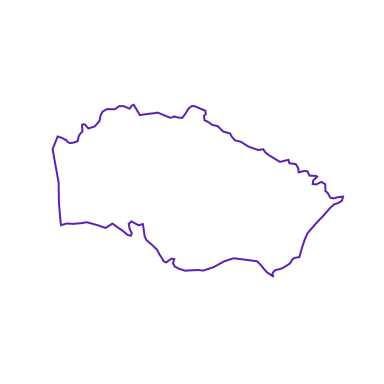 the district of Central Rivercess, River Cess, Liberia, rotated 242°
{"feature_id": "62588387B65596489935901", "entity_name": "Central Rivercess", "entity_type": "district", "adm_level": 2, "iso_a3": "LBR", "parent_name": "Liberia", "parent_adm1": "River Cess", "projection": "orthographic", "projection_center": [-9.304, 5.8], "detail": "fine", "context": "isolated", "style": "outline", "palette": "violet", "viewbox_px": 384, "rotation_deg": 242, "n_neighbors": 0, "source": "geoboundaries", "source_scale": "gbopen_adm2", "svg_char_len": 2557}
<svg xmlns="http://www.w3.org/2000/svg" viewBox="0 0 384 384"><g transform="rotate(242 192 192)"><path d="M267.3,209.4L267.8,207.6L278.1,199.1L278.9,197.0L278.9,196.8L280.1,193.6L280.5,192.6L283.1,185.7L284.4,182.1L294.4,181.6L295.6,181.5L296.4,181.5L296.5,179.3L296.3,178.8L294.9,176.0L299.6,172.2L301.9,168.4L301.4,162.4L305.0,156.1L305.1,155.3L305.1,153.1L305.0,152.2L304.7,150.2L302.1,146.8L298.1,143.7L295.6,136.9L296.3,132.9L296.7,130.3L297.3,130.2L298.8,129.8L301.5,129.3L302.6,128.5L303.0,126.5L302.3,126.1L298.9,124.6L297.0,123.8L295.4,119.5L294.4,118.2L291.2,115.4L290.5,114.8L291.1,110.9L292.5,107.1L294.7,105.6L297.3,105.3L297.6,104.5L300.6,102.8L304.1,99.4L299.8,94.4L295.3,89.0L294.9,88.9L264.7,79.2L263.3,78.8L263.0,78.7L244.3,69.1L243.5,68.8L243.2,68.7L240.0,67.3L237.6,66.3L237.0,66.0L227.2,61.9L224.1,60.8L223.8,62.6L223.0,66.6L219.7,72.0L216.8,78.8L216.5,79.5L214.7,84.9L206.7,93.4L200.9,98.7L200.9,99.5L201.2,104.2L201.6,106.9L197.0,109.1L191.0,112.2L189.4,113.0L186.8,114.0L184.3,115.0L182.1,117.5L183.8,119.5L188.1,119.5L193.6,121.2L193.6,121.3L194.5,124.7L187.8,129.1L186.7,133.6L179.8,131.1L175.1,129.4L170.9,129.2L164.3,131.8L160.7,132.9L158.2,134.0L155.6,134.0L154.7,134.0L152.0,134.0L147.1,134.4L144.2,134.4L142.0,136.0L142.1,136.7L142.7,142.8L141.1,144.8L138.0,141.7L134.5,141.8L134.4,141.8L130.5,144.3L125.6,149.2L124.5,151.8L120.9,159.4L120.6,160.2L117.3,165.1L115.8,174.2L115.5,176.1L115.6,185.2L115.7,187.6L114.0,197.5L109.0,204.7L104.1,211.6L101.2,215.7L100.2,217.1L98.7,217.4L95.7,218.3L86.8,220.2L86.1,220.4L86.0,220.5L84.6,221.2L78.9,224.3L81.7,224.1L83.2,226.4L83.9,228.5L82.8,233.3L82.3,236.0L82.6,241.6L83.0,244.9L83.0,245.1L85.5,249.3L85.5,252.2L84.1,256.2L91.0,262.8L92.8,264.7L97.0,269.1L101.4,274.7L106.6,288.3L108.7,294.7L108.8,295.2L113.2,306.9L114.3,311.5L113.7,315.9L113.8,320.2L117.0,323.2L119.0,318.1L119.2,317.3L119.7,314.4L121.9,311.5L127.9,311.3L130.1,310.2L136.3,313.3L140.3,310.8L140.3,307.8L140.3,305.4L142.3,302.3L145.3,304.5L146.8,309.7L148.1,308.9L151.3,303.4L152.3,303.5L156.1,303.6L157.9,301.0L159.3,295.4L163.3,297.0L167.9,296.7L169.7,294.2L171.7,291.5L175.1,292.3L177.3,283.8L188.0,277.4L192.2,275.4L196.2,275.0L198.2,269.9L205.8,263.0L213.1,258.9L214.3,257.7L217.5,254.2L221.8,253.1L225.8,253.1L228.1,250.7L230.9,247.8L238.2,245.6L241.6,241.5L245.3,239.7L249.6,236.8L253.5,238.2L254.4,240.8L257.6,241.9L262.4,237.9L266.4,234.8L268.0,232.2L267.4,228.4L264.0,222.5L262.0,218.1L263.0,216.6L264.3,214.6L267.1,211.8L266.8,211.3L267.3,209.4Z" fill="none" stroke="#5b21b6" stroke-width="2"/></g></svg>